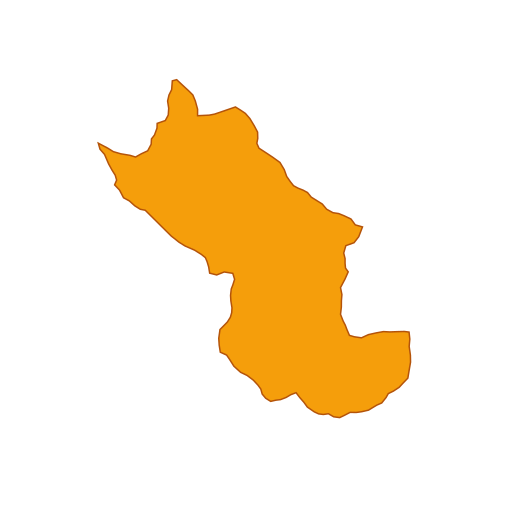 Neves Paulista, São Paulo, Brazil (Robinson projection), rotated 122°
{"feature_id": "56859067B65354392339928", "entity_name": "Neves Paulista", "entity_type": "district", "adm_level": 2, "iso_a3": "BRA", "parent_name": "Brazil", "parent_adm1": "São Paulo", "projection": "robinson", "projection_center": [-49.646, -20.875], "detail": "fine", "context": "isolated", "style": "filled", "palette": "amber", "viewbox_px": 512, "rotation_deg": 122, "n_neighbors": 0, "source": "geoboundaries", "source_scale": "gbopen_adm2", "svg_char_len": 2199}
<svg xmlns="http://www.w3.org/2000/svg" viewBox="0 0 512 512"><g transform="rotate(122 256 256)"><path d="M286.2,64.0L279.1,62.5L272.4,65.3L264.1,68.7L258.3,72.5L251.5,78.2L245.0,81.5L239.4,85.9L241.4,90.2L245.5,96.4L249.5,102.3L252.6,107.9L257.5,113.3L263.1,119.0L269.5,123.2L272.4,129.8L273.8,134.7L270.2,139.9L267.3,143.7L265.0,147.6L260.7,153.4L254.0,156.6L248.6,159.9L243.2,162.7L238.0,167.6L228.3,168.3L220.6,169.4L218.8,173.7L215.0,176.6L211.0,179.1L207.0,183.2L199.6,185.3L192.8,179.9L185.2,179.1L174.9,181.1L177.0,188.3L174.3,195.0L175.2,202.7L176.2,208.4L178.5,213.7L178.9,220.9L176.8,227.3L176.8,233.3L176.8,240.4L174.9,245.9L175.2,251.0L176.2,256.5L176.5,261.4L174.8,266.2L172.3,272.1L167.8,277.8L164.0,285.2L163.4,294.0L163.2,300.4L163.0,310.6L160.0,315.0L155.4,316.8L150.1,320.3L146.5,326.5L142.7,334.0L140.7,340.6L140.5,346.3L140.5,352.4L157.6,366.3L161.4,370.4L168.0,379.9L162.5,383.3L156.7,389.6L152.9,394.9L151.6,400.6L150.7,405.4L149.8,410.1L148.5,416.7L151.8,419.8L159.6,415.7L165.6,415.1L171.4,413.1L177.0,408.3L183.0,405.1L189.2,404.7L195.9,410.1L200.1,407.7L207.2,406.2L212.1,406.7L216.8,404.1L224.2,403.6L230.2,407.5L235.9,410.6L237.4,416.2L241.0,424.9L243.1,432.3L243.1,438.8L243.9,449.5L248.1,444.9L250.1,438.3L256.0,429.8L259.3,423.9L262.1,418.2L265.5,414.4L270.6,413.6L272.4,406.7L276.8,399.2L276.4,392.6L277.7,385.3L277.7,378.9L275.9,374.2L282.4,345.5L284.0,338.4L285.1,328.6L285.1,321.4L283.6,311.2L283.6,303.5L284.2,298.1L286.7,294.5L290.4,290.3L295.1,286.2L292.9,279.3L286.4,274.5L283.0,266.5L287.1,261.8L292.9,260.3L297.1,259.5L302.9,256.7L307.3,253.6L312.7,248.9L316.9,246.6L321.5,245.3L327.1,245.3L331.8,246.3L337.4,247.6L345.5,244.0L351.2,239.9L356.5,235.3L355.6,228.4L357.6,223.8L361.2,216.3L362.8,207.4L362.0,200.2L362.7,192.5L364.5,185.8L366.3,181.4L369.8,177.6L371.5,172.4L371.5,166.5L367.7,162.7L364.8,159.1L360.0,155.5L355.2,153.0L350.7,149.6L352.9,143.7L354.7,137.8L356.9,132.4L357.3,124.0L356.7,119.2L354.7,114.9L351.4,111.0L351.2,104.9L348.7,99.4L344.3,96.6L338.7,93.3L335.6,88.1L332.0,83.8L327.1,78.9L322.5,76.6L318.4,74.5L314.0,71.5L307.1,70.7L302.6,70.9L297.8,67.9L291.5,65.0L286.2,64.0Z" fill="#f59e0b" stroke="#b45309" stroke-width="1.5"/></g></svg>